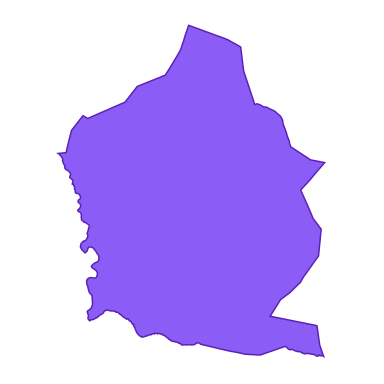 Bugat, Bulgan, Mongolia, rotated 269°
{"feature_id": "93677404B59667733758052", "entity_name": "Bugat", "entity_type": "district", "adm_level": 2, "iso_a3": "MNG", "parent_name": "Mongolia", "parent_adm1": "Bulgan", "projection": "orthographic", "projection_center": [103.227, 49.106], "detail": "fine", "context": "isolated", "style": "filled", "palette": "violet", "viewbox_px": 384, "rotation_deg": 269, "n_neighbors": 0, "source": "geoboundaries", "source_scale": "gbopen_adm2", "svg_char_len": 5639}
<svg xmlns="http://www.w3.org/2000/svg" viewBox="0 0 384 384"><g transform="rotate(269 192 192)"><path d="M358.7,191.6L349.5,188.2L343.2,186.2L334.3,183.0L329.8,180.4L315.9,171.7L309.3,167.3L298.5,139.1L283.0,126.6L267.4,89.1L270.2,84.3L255.7,72.6L243.7,69.3L233.5,66.8L232.9,58.8L231.7,60.3L228.7,62.7L228.2,62.9L227.1,63.2L225.7,63.1L224.9,63.3L222.1,64.3L220.6,65.1L219.6,65.3L218.3,65.3L217.4,65.6L216.8,66.3L216.0,67.5L215.0,69.0L213.8,70.1L212.4,70.8L211.4,71.0L210.1,70.2L209.6,70.0L208.9,70.1L208.2,70.3L207.9,70.6L207.1,71.8L206.1,72.7L205.5,73.0L204.6,73.1L202.4,72.5L201.9,72.5L201.9,73.2L201.7,73.5L201.4,73.7L200.0,74.0L199.4,74.3L198.9,74.7L198.3,74.9L197.7,74.8L197.2,74.5L196.1,75.1L193.5,75.3L192.6,76.4L192.5,76.9L192.5,77.8L192.4,78.2L192.1,78.7L191.5,79.2L191.1,79.4L190.5,80.0L190.2,80.2L189.8,80.1L189.0,80.4L188.1,80.4L187.7,80.3L186.5,79.5L186.2,78.8L186.0,78.4L185.6,78.1L184.7,77.9L184.0,77.9L183.5,78.2L182.9,79.0L181.9,79.9L181.4,80.3L180.9,80.5L179.5,80.3L178.6,80.0L177.7,79.4L176.2,77.9L176.1,77.7L175.4,77.4L174.7,77.9L174.3,78.4L173.5,80.0L173.0,80.5L172.4,80.7L170.6,81.0L168.0,80.8L167.4,81.0L166.4,81.1L165.8,81.3L165.0,82.4L164.2,83.0L163.4,83.8L163.4,85.0L163.0,85.6L162.3,86.3L161.4,87.7L160.6,88.4L160.0,88.7L159.4,88.8L157.4,87.9L155.5,87.6L152.7,86.5L152.2,86.4L151.2,86.9L150.1,87.1L148.8,86.9L146.4,85.6L145.6,84.9L145.2,84.4L144.8,82.8L144.4,82.2L142.7,80.5L142.0,80.1L140.3,79.6L139.5,79.5L138.6,79.6L136.0,81.0L134.9,82.2L133.8,83.0L133.2,83.7L133.1,84.3L133.4,84.7L134.8,86.0L135.2,86.3L137.4,87.0L138.0,87.4L138.6,87.9L138.8,88.4L138.8,89.7L138.2,91.5L138.0,92.0L136.8,93.0L133.6,95.3L131.7,96.3L130.5,97.3L129.9,97.6L128.9,97.7L127.9,97.8L126.0,97.6L125.3,97.5L124.5,97.0L123.9,96.2L123.4,95.3L123.1,94.5L122.8,93.7L121.9,92.4L120.3,90.6L119.7,90.2L119.3,90.1L118.8,90.3L118.2,90.7L117.4,91.7L115.8,94.1L114.3,95.3L112.8,96.0L112.0,96.0L111.3,95.9L110.5,95.6L109.4,95.5L108.2,94.7L107.8,94.0L107.6,93.2L107.7,92.3L108.1,90.2L108.2,89.6L107.8,87.5L107.3,86.7L106.8,86.1L105.8,85.3L105.1,85.1L103.2,85.1L101.1,85.5L99.8,86.1L96.7,86.6L95.3,87.1L93.8,87.4L92.7,88.0L91.3,89.4L90.6,89.9L89.7,90.2L87.1,90.4L82.2,90.6L80.9,90.5L79.9,90.1L77.6,89.0L76.8,88.3L75.7,86.9L75.3,86.1L74.9,85.5L74.4,85.2L73.4,85.3L71.0,86.1L70.1,86.2L69.0,86.1L67.9,85.8L67.1,85.8L65.2,87.2L65.0,87.5L65.0,87.8L65.2,88.1L66.0,88.4L66.2,88.8L66.2,89.6L66.0,89.9L66.2,91.1L66.8,92.2L67.0,92.6L67.6,93.4L68.0,94.9L68.4,95.5L69.6,96.6L70.1,97.3L70.5,97.6L70.7,98.0L70.9,98.6L71.4,99.7L72.8,101.5L73.6,101.7L74.3,102.2L75.1,103.6L75.1,104.3L75.3,104.7L75.4,105.1L75.4,105.5L75.1,106.8L74.8,107.3L74.6,108.6L74.4,109.0L74.5,109.6L74.3,111.8L73.9,113.2L73.3,113.7L73.1,114.2L73.0,114.6L73.1,114.9L73.0,115.4L72.8,116.2L71.3,117.3L71.1,117.7L70.9,118.5L70.3,118.9L69.9,119.3L69.6,119.9L69.3,120.1L68.8,120.6L68.0,121.3L67.7,121.9L67.5,122.6L67.2,123.2L66.1,124.2L66.0,124.3L66.0,124.6L66.5,125.3L66.5,125.5L66.3,125.9L66.1,126.1L65.3,126.4L65.1,126.5L65.0,126.9L64.2,127.4L64.0,127.6L64.0,128.0L63.5,128.5L63.4,128.9L63.0,129.0L61.9,129.6L61.6,129.9L61.0,130.1L60.6,130.5L60.7,131.0L60.5,131.3L59.2,131.4L58.7,131.7L58.2,131.8L57.9,132.2L56.9,132.7L55.7,132.9L53.0,134.1L52.4,134.6L51.9,134.6L51.4,135.1L50.2,135.8L50.0,136.2L49.8,136.7L48.4,138.0L48.3,138.6L48.0,139.1L48.1,139.3L48.1,139.5L47.8,140.5L48.0,141.0L48.2,142.0L48.8,143.4L48.8,143.7L48.9,144.3L48.9,144.7L49.3,145.0L49.5,145.4L49.9,146.7L49.8,147.1L49.8,147.5L50.0,147.8L50.2,149.1L50.8,149.5L50.9,149.9L51.0,150.8L50.7,151.5L50.7,151.8L51.3,152.6L51.4,152.8L51.4,153.2L51.3,154.0L51.0,154.3L50.7,154.9L51.2,155.9L51.3,156.4L50.9,157.4L50.6,157.7L50.6,158.3L50.3,159.6L50.0,160.1L49.7,160.1L49.3,160.8L49.3,161.1L49.3,161.4L48.9,162.0L48.7,162.2L48.4,162.7L47.9,163.1L47.7,163.6L47.4,163.9L47.2,164.0L46.9,164.6L46.5,165.1L46.3,165.5L45.9,165.6L45.4,165.9L44.9,167.1L44.4,167.5L44.0,168.1L43.5,168.6L43.4,169.2L43.1,169.5L43.0,170.0L42.9,170.2L43.0,171.0L42.8,171.8L42.5,172.2L42.3,172.8L42.4,173.8L42.4,174.0L42.0,174.5L41.8,175.2L41.4,175.6L41.0,176.2L40.9,176.6L40.7,177.0L40.6,177.9L40.5,178.1L39.5,178.6L39.2,179.4L39.2,180.2L39.4,182.0L39.2,183.1L39.2,183.9L39.4,186.5L39.4,187.2L39.1,188.1L39.3,191.2L39.7,192.4L40.7,193.5L40.9,194.7L41.0,196.5L40.8,196.9L39.9,197.6L39.7,197.8L33.1,223.4L32.0,228.2L31.1,233.0L28.8,242.8L27.8,257.3L36.0,282.4L35.1,283.9L33.3,285.6L32.8,286.4L32.6,287.5L32.8,288.9L32.7,290.0L32.3,290.5L31.3,292.4L31.2,292.7L31.2,293.1L31.2,293.4L30.8,294.0L30.8,294.6L30.6,295.0L30.7,295.5L30.4,296.2L30.5,297.0L30.2,297.5L30.2,298.1L29.5,298.7L29.5,298.9L29.5,299.1L28.8,300.0L28.7,300.5L28.4,301.2L28.4,301.8L28.2,302.2L28.2,302.5L28.7,303.7L28.6,304.2L28.5,304.8L28.4,305.4L28.2,306.7L28.2,307.4L28.1,307.9L27.7,308.6L27.6,309.0L27.6,310.3L27.4,310.7L27.2,311.8L26.4,312.7L25.7,313.9L25.7,314.7L25.8,315.3L26.7,315.8L26.8,315.9L26.8,316.2L26.7,316.5L26.2,316.9L26.1,317.1L26.0,317.7L26.0,318.2L26.3,318.8L26.0,319.2L25.9,319.8L25.3,320.7L36.9,317.0L56.2,314.6L66.4,268.0L82.9,278.7L89.6,288.0L99.9,298.9L104.7,301.7L125.9,317.4L152.5,320.5L163.3,312.7L176.4,307.4L192.1,300.7L201.7,309.9L208.5,315.7L219.1,325.2L222.0,311.2L235.5,291.4L236.4,291.2L238.7,290.5L240.7,290.2L241.8,289.9L244.1,289.0L245.9,288.4L246.8,288.0L248.9,287.6L253.1,286.2L257.1,284.7L260.0,283.9L262.0,283.9L264.3,282.9L266.3,281.7L268.4,279.4L269.3,278.2L270.6,277.0L271.6,275.7L272.0,274.9L274.0,270.8L275.5,268.1L275.8,265.7L276.2,264.4L276.4,263.9L276.9,263.5L277.7,262.1L278.7,259.8L278.9,259.0L279.0,258.4L278.9,257.9L278.5,256.7L278.3,256.3L312.3,245.7L336.1,243.2L343.8,230.1L358.7,191.6Z" fill="#8b5cf6" stroke="#5b21b6" stroke-width="1.5"/></g></svg>